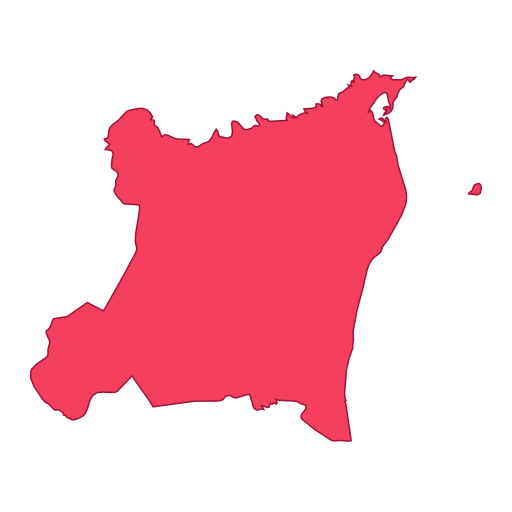 Atlántico Norte, Robinson projection
{"feature_id": "NIC-657", "entity_name": "Atlántico Norte", "entity_type": "Autonomous Region", "adm_level": 1, "iso_a3": "NIC", "parent_name": "Nicaragua", "parent_adm1": "", "projection": "robinson", "projection_center": [-84.139, 14.031], "detail": "fine", "context": "isolated", "style": "filled", "palette": "rose", "viewbox_px": 512, "rotation_deg": 0, "n_neighbors": 0, "source": "natural_earth", "source_scale": "10m", "svg_char_len": 5631}
<svg xmlns="http://www.w3.org/2000/svg" viewBox="0 0 512 512"><path d="M105.2,149.6L106.2,148.1L109.7,144.4L105.2,140.8L104.3,139.0L106.8,138.2L107.7,137.8L108.2,136.7L109.0,129.8L110.5,126.9L112.7,124.6L113.0,124.4L115.6,122.5L118.5,120.2L125.9,112.2L128.5,110.5L138.2,108.5L142.5,108.3L146.7,109.7L150.2,112.7L152.6,117.0L152.1,117.6L150.8,119.4L150.8,119.7L154.0,120.2L154.4,122.4L154.3,124.9L157.6,127.4L159.3,130.5L161.7,136.8L164.7,134.8L167.8,135.2L174.1,138.2L177.7,139.1L189.5,139.5L188.9,140.8L188.4,144.4L190.9,143.5L192.6,144.6L194.3,146.2L196.8,147.0L198.6,146.4L202.7,143.8L208.8,141.5L211.8,137.4L214.0,132.7L216.2,129.2L217.7,131.0L218.9,135.8L220.1,136.8L222.6,137.1L226.5,138.0L228.3,138.2L231.6,136.2L232.5,132.2L231.6,123.5L232.5,121.3L234.6,121.1L236.8,122.0L238.3,122.9L239.5,124.1L243.3,128.7L245.3,129.6L247.7,129.4L251.6,128.1L252.6,127.5L253.2,126.6L254.1,125.8L255.5,125.4L256.9,125.7L257.7,126.1L258.3,126.2L259.5,125.4L259.5,124.1L258.0,122.5L256.9,120.8L255.0,116.5L256.8,114.8L258.0,114.7L261.7,117.4L262.1,118.2L262.7,118.9L264.4,119.1L267.2,119.0L268.0,119.5L268.3,121.0L271.1,121.3L287.1,120.4L286.3,118.9L286.3,117.2L287.1,112.9L289.0,114.1L291.7,117.2L293.7,117.9L293.5,117.1L292.7,115.3L293.9,115.9L294.5,116.1L295.1,116.5L296.0,117.9L298.0,115.9L300.9,114.1L304.1,113.0L307.1,112.9L305.8,112.0L305.0,111.1L303.9,108.9L312.9,108.3L316.3,106.8L315.9,104.0L318.0,103.8L319.6,104.1L320.8,104.9L321.5,106.5L322.7,106.5L321.1,101.2L321.7,99.1L324.8,97.5L328.0,97.0L331.6,97.2L334.5,98.2L335.9,100.2L337.1,100.2L337.8,97.9L338.2,95.4L339.0,93.4L342.9,91.8L346.9,88.2L349.3,87.4L349.0,86.8L348.5,85.5L348.2,84.9L350.6,85.7L351.5,86.2L351.0,83.7L351.2,81.5L352.1,80.7L353.7,82.4L353.8,79.6L354.0,78.4L354.9,77.2L353.8,75.4L354.3,74.5L356.0,74.3L358.1,74.7L359.0,75.6L360.9,78.9L362.4,79.8L366.2,79.4L369.5,77.2L372.0,74.1L373.6,70.9L375.6,72.7L377.7,73.6L379.4,74.7L380.2,77.2L382.6,75.4L385.4,75.2L392.6,76.0L390.6,77.1L390.5,78.1L391.7,79.0L393.7,79.8L394.3,79.7L401.5,79.8L405.8,77.7L408.0,77.2L413.5,77.6L415.6,77.2L414.4,79.1L411.5,80.6L410.0,82.3L407.6,79.2L405.7,81.4L404.1,85.3L402.9,87.4L400.9,88.5L398.9,91.2L397.4,94.3L396.9,96.9L396.4,97.7L394.4,100.0L393.6,101.3L393.1,103.1L392.8,107.0L392.5,108.9L391.1,111.2L389.2,112.8L383.6,115.3L384.0,114.2L384.5,113.3L385.8,111.5L385.8,112.9L386.4,111.9L386.7,111.0L386.8,110.1L386.8,108.9L385.6,109.7L385.1,109.9L383.6,108.9L383.6,107.7L385.5,106.7L387.4,106.4L389.0,107.1L390.2,108.9L390.1,105.4L388.4,100.6L387.9,96.9L386.9,93.2L384.6,92.5L382.0,93.6L380.1,95.0L376.9,98.3L369.7,108.5L368.0,112.9L369.6,111.0L370.2,110.2L372.4,112.2L374.1,119.8L375.2,121.5L377.4,122.9L379.7,125.4L382.2,126.3L384.6,122.9L383.5,121.7L380.5,119.7L379.1,119.1L380.9,118.0L382.8,118.6L384.5,120.4L385.8,122.9L385.7,118.7L386.9,117.3L388.3,119.0L394.7,151.4L395.1,152.4L396.6,155.9L397.9,164.7L405.8,190.1L406.6,197.3L405.9,203.7L401.5,215.3L388.0,239.5L382.2,247.3L381.4,250.4L380.3,252.6L372.6,258.6L369.3,263.8L367.1,269.7L363.2,286.8L357.0,310.2L353.1,331.3L353.4,340.4L352.7,344.8L352.7,348.3L349.3,357.5L346.4,369.8L344.6,393.6L345.0,398.1L346.1,400.6L344.9,401.8L345.8,404.0L351.2,440.7L348.3,441.1L340.1,440.5L333.5,440.9L330.5,439.8L314.6,429.4L302.4,419.5L301.7,418.7L301.2,417.9L301.0,416.9L301.2,415.9L301.5,414.8L302.1,413.8L305.2,409.6L305.8,408.5L306.1,407.4L306.2,406.4L305.6,405.5L304.4,404.8L301.6,403.9L299.9,403.2L298.6,402.3L296.9,401.5L293.8,401.0L280.7,400.4L278.2,400.2L277.6,399.7L275.9,399.3L276.8,401.5L277.0,403.3L276.3,404.1L274.9,403.1L273.8,403.1L272.3,404.1L271.5,404.0L270.4,403.1L269.1,407.0L267.2,407.5L264.6,406.4L261.6,405.8L262.4,406.8L263.3,408.6L263.8,409.4L261.3,408.9L257.3,410.2L255.9,409.4L254.9,409.2L254.0,408.0L253.3,406.7L250.2,395.8L249.8,394.8L248.5,394.5L246.3,394.8L236.5,397.8L235.0,397.9L233.1,397.3L231.9,396.5L230.9,395.9L230.0,395.7L228.8,395.5L227.8,395.6L226.6,396.0L224.8,397.3L222.9,399.7L220.8,400.5L217.6,401.0L195.0,401.1L153.1,406.8L150.1,401.8L134.0,378.9L133.0,377.0L132.4,376.3L131.8,376.1L117.1,391.4L115.6,392.1L113.1,392.4L102.3,392.1L96.9,392.7L92.8,395.4L90.7,398.7L89.4,402.0L87.5,408.5L85.4,413.1L84.0,414.9L82.4,416.3L77.8,418.7L73.6,419.9L71.8,419.6L66.8,417.3L65.7,415.4L63.8,415.2L63.5,414.8L63.3,413.1L62.9,412.5L62.4,412.1L60.1,410.8L58.9,409.9L58.2,409.7L57.7,409.7L56.8,410.0L55.8,410.1L55.3,410.1L54.8,410.0L54.4,409.8L54.1,409.5L49.4,404.7L48.5,404.0L47.8,403.5L45.6,402.5L42.4,399.0L34.1,386.6L30.7,378.1L30.8,371.6L31.7,369.1L36.7,364.1L45.6,357.8L47.3,356.2L47.9,354.7L48.1,353.0L48.0,352.1L48.1,348.7L49.8,343.0L49.6,341.2L48.8,338.8L47.7,336.7L46.4,333.5L46.3,331.9L46.5,330.7L48.2,329.5L49.4,328.0L50.7,325.8L52.1,321.4L52.9,319.7L53.7,318.7L66.7,316.7L67.1,316.6L86.9,302.8L87.5,302.6L102.9,310.6L103.7,310.2L104.5,309.3L125.1,272.6L134.9,254.2L136.4,250.7L136.8,248.5L135.3,241.7L135.8,233.1L139.3,211.9L139.6,207.5L139.2,204.9L124.7,203.8L123.6,203.5L122.7,202.9L120.4,199.8L117.7,197.0L114.7,192.6L114.2,191.2L114.1,190.0L114.4,188.8L115.7,186.3L115.9,185.3L115.7,181.3L116.0,180.1L117.8,176.7L118.1,174.8L117.8,173.4L117.2,172.3L116.5,171.5L114.1,170.0L111.9,168.1L111.7,167.7L111.5,167.2L111.6,165.4L111.6,163.8L111.7,162.7L112.0,160.8L112.1,160.0L112.0,158.9L112.3,157.8L113.1,155.1L113.1,153.9L112.8,152.8L112.5,152.0L112.1,151.3L111.6,150.8L111.1,150.6L109.9,150.3L109.2,150.2L109.4,149.6L105.2,149.6ZM474.5,185.0L477.2,183.6L479.3,183.6L480.7,185.1L481.3,188.1L480.2,193.3L477.2,194.8L468.6,193.9L467.9,193.9L468.5,193.9L469.0,193.8L469.2,193.3L469.1,192.6L471.7,191.0L472.8,188.9L473.4,186.8L474.5,185.0Z" fill="#f43f5e" stroke="#9f1239" stroke-width="1.5"/></svg>